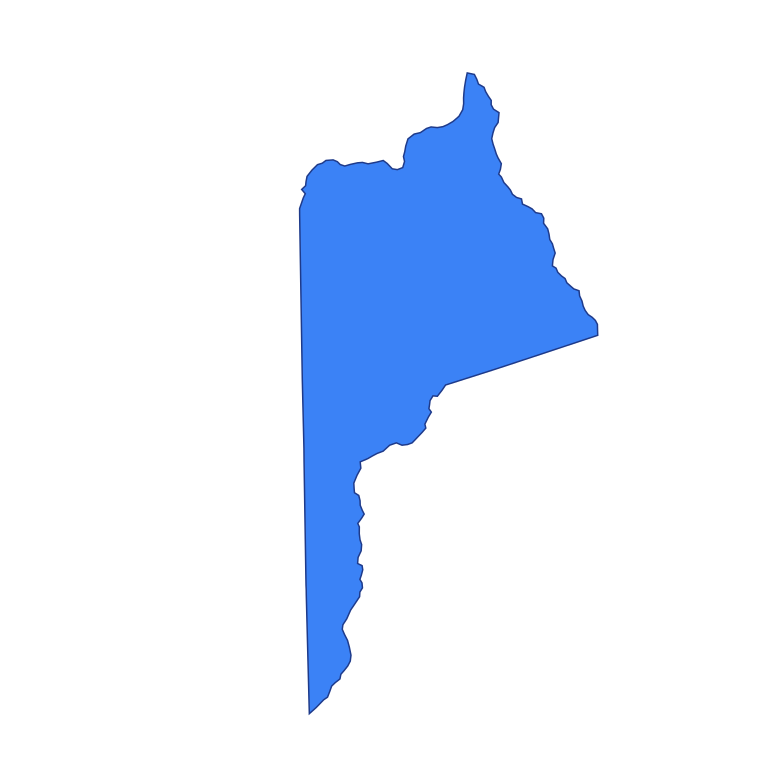 the district of Pedro Canário, Espírito Santo, Brazil, rotated 232°
{"feature_id": "56859067B6287915122332", "entity_name": "Pedro Canário", "entity_type": "district", "adm_level": 2, "iso_a3": "BRA", "parent_name": "Brazil", "parent_adm1": "Espírito Santo", "projection": "natural_earth1", "projection_center": [-40.048, -18.149], "detail": "fine", "context": "isolated", "style": "filled", "palette": "blue", "viewbox_px": 768, "rotation_deg": 232, "n_neighbors": 0, "source": "geoboundaries", "source_scale": "gbopen_adm2", "svg_char_len": 2439}
<svg xmlns="http://www.w3.org/2000/svg" viewBox="0 0 768 768"><g transform="rotate(232 384 384)"><path d="M170.2,122.2L170.8,131.3L172.3,142.0L172.0,146.7L175.1,151.9L178.2,156.8L178.7,161.8L178.7,167.7L181.8,171.3L182.8,176.4L184.1,181.8L186.4,186.8L190.6,191.0L198.0,194.7L204.4,197.4L211.1,198.7L216.4,200.1L219.6,203.4L221.9,210.1L226.4,218.5L228.2,224.1L231.4,233.8L234.9,236.9L236.6,241.5L240.8,244.2L244.9,244.7L247.2,248.3L250.7,252.9L254.3,254.9L258.8,252.7L263.3,256.8L266.6,263.3L271.2,267.5L276.0,269.2L281.2,272.3L286.6,276.6L290.3,277.5L292.0,283.6L293.7,288.3L297.8,289.1L303.1,290.6L306.8,293.3L311.7,295.5L316.5,293.8L319.9,296.0L324.5,299.2L328.7,306.6L331.9,313.9L337.3,317.3L335.2,325.2L334.4,330.9L333.5,335.9L331.6,342.0L332.3,350.7L330.0,357.5L324.7,360.5L321.8,365.3L320.3,370.0L321.4,377.4L322.4,384.2L323.5,389.8L327.2,391.5L330.6,398.5L332.7,404.0L336.9,404.2L339.6,407.1L342.6,410.1L344.5,415.3L341.5,418.5L343.4,426.0L345.3,431.9L327.5,479.9L319.0,503.5L290.8,582.4L294.5,585.1L299.6,588.9L304.0,589.7L308.4,589.1L313.0,587.6L318.1,587.8L322.7,588.9L327.5,591.1L333.0,592.4L337.4,595.1L342.1,592.1L346.2,591.3L351.2,590.4L355.6,591.6L359.8,590.4L365.0,589.7L369.4,590.9L373.4,589.4L378.0,593.8L381.8,599.5L386.4,601.2L390.8,603.0L395.8,603.6L400.5,606.3L405.5,608.5L412.4,608.7L416.3,612.0L421.2,612.9L425.7,609.0L430.9,608.5L435.1,606.7L440.5,603.9L445.2,606.3L449.4,603.3L454.4,602.0L459.0,603.0L463.0,603.0L468.9,602.5L474.8,603.9L478.8,603.6L481.5,607.9L485.4,612.1L492.1,613.1L496.1,614.1L500.9,615.9L505.8,617.6L511.0,619.9L514.8,624.5L517.9,629.0L519.8,634.9L527.0,641.7L533.2,639.5L538.1,640.4L541.5,643.1L546.5,643.4L551.8,644.1L556.2,645.5L562.2,643.1L566.9,644.7L572.3,645.8L577.9,641.1L573.2,635.5L568.4,630.3L564.5,626.5L560.4,622.8L555.8,619.3L551.7,614.9L548.8,607.9L548.4,600.1L549.3,593.6L550.5,588.9L553.2,583.9L557.6,579.3L559.2,574.8L559.7,567.4L562.4,561.6L562.4,553.8L558.1,547.6L554.3,543.4L551.3,539.4L546.7,537.2L543.0,532.0L544.7,526.5L548.5,523.0L555.8,522.3L560.6,521.0L563.3,514.9L567.3,507.0L571.9,503.4L574.7,499.1L577.8,492.6L579.9,487.3L583.9,484.6L587.9,484.1L591.9,481.9L595.9,475.9L596.0,471.3L597.8,466.6L596.9,458.9L595.0,451.2L591.6,447.3L588.5,444.3L588.0,438.9L582.4,439.1L580.3,434.9L574.2,425.5L569.4,421.8L536.2,396.7L438.0,322.5L382.6,281.3L372.3,273.4L273.5,198.7L269.7,196.0L265.5,192.8L170.2,122.2Z" fill="#3b82f6" stroke="#1e3a8a" stroke-width="1.5"/></g></svg>